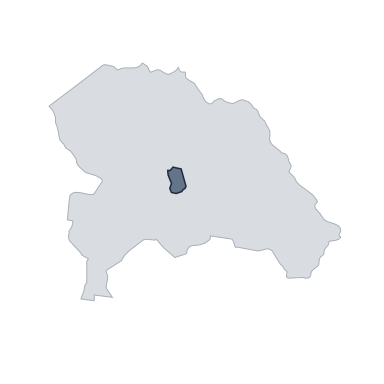 location of Panyijiar, Unity, South Sudan, rotated 188°
{"feature_id": "79223893B83393378605380", "entity_name": "Panyijiar", "entity_type": "district", "adm_level": 2, "iso_a3": "SSD", "parent_name": "South Sudan", "parent_adm1": "Unity", "projection": "albers", "projection_center": [30.377, 7.529], "detail": "fine", "context": "in_parent", "style": "filled", "palette": "slate", "viewbox_px": 384, "rotation_deg": 188, "n_neighbors": 0, "source": "geoboundaries", "source_scale": "gbopen_adm2", "svg_char_len": 3947}
<svg xmlns="http://www.w3.org/2000/svg" viewBox="0 0 384 384"><g transform="rotate(188 192 192)"><path d="M310.0,292.8L298.8,304.3L298.0,305.0L296.6,305.9L292.0,305.9L287.2,305.4L282.8,302.5L278.4,304.8L275.6,305.5L273.9,305.8L270.0,306.2L264.5,307.4L261.9,308.9L260.6,310.2L259.5,312.4L258.9,312.6L257.9,312.4L256.5,311.5L253.5,310.2L252.0,307.4L250.6,305.7L249.5,304.8L244.8,307.6L242.5,308.3L240.6,308.2L237.2,306.6L233.4,305.3L231.5,305.3L228.6,307.0L225.3,309.5L223.6,312.0L222.8,313.5L221.6,311.2L220.5,309.8L218.9,309.3L215.8,309.8L215.0,309.0L214.8,307.1L214.4,305.3L213.6,303.9L211.1,302.6L204.9,299.9L200.0,294.4L197.6,291.9L195.8,290.3L193.3,286.0L190.5,283.0L187.0,281.7L184.7,282.3L182.4,285.5L177.9,288.4L175.9,288.5L173.2,286.9L170.0,285.8L164.1,285.2L161.6,286.6L158.4,288.9L155.7,290.2L154.0,290.4L152.5,289.8L150.7,289.5L149.2,289.5L146.0,287.4L144.4,285.9L143.3,284.4L141.6,283.4L139.5,282.6L138.0,281.2L137.3,279.6L136.1,277.5L134.6,275.6L129.8,272.2L128.4,270.2L127.4,268.3L125.4,266.1L123.4,263.2L122.7,259.0L122.7,255.6L122.2,254.0L121.4,252.5L120.3,251.1L118.7,249.6L114.8,247.4L110.7,244.9L108.8,243.4L105.1,242.8L103.0,241.4L101.1,238.2L100.4,235.6L98.6,233.6L97.8,232.2L97.4,230.6L98.9,225.6L96.8,223.8L93.6,221.4L91.3,218.9L90.0,216.6L85.9,213.5L77.1,208.8L72.0,205.8L69.2,203.2L66.8,200.6L66.5,199.6L68.2,197.0L68.4,194.9L67.2,192.6L61.9,188.1L57.7,183.3L54.5,181.7L46.8,180.3L44.6,179.7L42.3,178.8L40.0,176.6L39.3,174.0L40.5,170.0L39.8,168.7L38.5,168.3L38.8,167.5L40.3,165.5L42.7,164.3L49.1,162.3L49.5,161.5L49.6,159.0L50.2,157.7L52.4,154.2L52.8,152.8L52.9,149.8L53.2,148.4L53.9,147.4L55.6,145.6L56.2,144.6L56.5,142.3L56.4,137.7L57.3,135.9L61.4,131.8L62.5,130.0L62.9,128.3L62.8,126.6L63.1,125.0L64.3,123.4L65.3,122.9L68.3,122.4L70.3,122.8L84.4,120.1L86.0,120.5L86.8,122.2L86.7,124.8L86.9,126.2L87.6,127.1L89.9,128.4L91.4,130.5L92.2,131.3L94.5,132.8L104.8,145.2L107.8,146.3L110.6,145.9L116.4,143.4L119.2,142.8L139.1,143.7L141.4,143.3L141.5,143.4L144.5,149.5L145.9,150.9L167.8,151.1L167.4,149.3L167.7,147.4L171.5,143.6L172.1,143.2L175.5,141.4L178.8,140.2L185.1,138.8L187.4,136.6L188.7,134.6L188.8,130.6L189.6,129.9L191.1,129.0L198.4,125.5L199.7,124.7L212.6,133.0L219.9,139.6L220.3,139.9L220.7,140.0L221.1,139.8L221.4,139.5L222.3,139.2L225.4,139.1L231.3,138.8L233.2,138.0L245.0,126.2L248.0,122.5L248.7,121.7L250.4,119.0L252.2,114.4L252.6,113.9L265.4,102.9L265.9,102.0L266.0,101.3L264.0,97.6L263.6,95.8L263.5,92.9L263.9,88.4L263.7,85.5L263.5,84.8L263.4,84.6L256.2,76.6L274.4,76.4L274.4,75.4L274.3,75.1L274.0,74.1L273.8,72.8L273.8,72.1L273.9,71.4L273.9,71.1L273.8,70.7L287.0,70.6L286.8,72.9L285.3,78.2L285.3,81.5L285.0,85.1L284.5,86.2L283.9,87.1L283.6,87.6L283.6,88.0L286.5,108.5L286.3,109.4L285.6,110.7L285.4,111.1L285.3,111.4L285.6,111.7L291.7,113.9L292.0,114.0L294.4,116.8L306.3,126.5L306.7,127.0L308.0,130.0L308.1,130.5L308.2,131.2L308.2,131.8L307.9,133.7L308.0,134.5L308.2,135.0L308.4,135.7L308.4,135.9L308.3,136.3L306.5,139.9L306.0,142.4L305.8,144.5L305.9,145.8L306.1,146.6L306.3,146.9L306.5,147.0L311.6,147.0L311.6,148.1L312.4,166.7L312.4,168.8L312.3,171.4L311.7,172.5L310.2,174.0L308.4,175.3L303.8,175.7L299.9,175.7L297.2,175.4L293.4,175.3L289.9,175.6L288.6,176.8L284.0,186.7L282.6,189.2L282.2,190.7L282.7,191.5L284.5,192.8L288.5,194.5L293.1,195.5L296.5,195.9L298.9,196.4L300.7,196.9L307.2,201.3L309.3,203.4L310.5,205.3L310.8,207.2L311.8,209.2L317.7,215.4L323.4,218.2L325.6,221.5L327.8,223.1L329.8,224.8L330.9,227.3L333.4,234.8L335.1,238.7L336.8,241.8L337.5,247.0L338.9,249.3L340.3,252.1L342.6,254.7L345.1,256.6L345.5,257.1L321.1,281.6L310.0,292.8Z" fill="#d9dde1" stroke="#a8b0b8" stroke-width="1"/><path d="M209.8,213.6L214.3,214.0L216.6,210.3L219.0,210.0L218.6,208.0L218.0,205.5L213.5,197.6L213.8,196.3L214.0,195.2L214.5,192.4L212.3,188.7L207.4,188.3L202.2,191.0L201.1,193.2L199.5,194.4L198.7,196.7L203.5,207.7L205.7,212.7L205.9,213.3L209.8,213.6Z" fill="#64748b" stroke="#1e293b" stroke-width="1.5"/></g></svg>